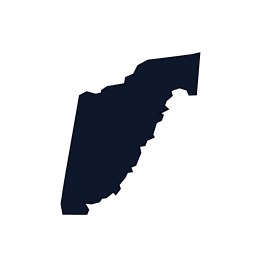 the district of Orange, Virginia, United States of America, rotated 149°
{"feature_id": "52423323B91365123508862", "entity_name": "Orange", "entity_type": "district", "adm_level": 2, "iso_a3": "USA", "parent_name": "United States of America", "parent_adm1": "Virginia", "projection": "orthographic", "projection_center": [-78.039, 38.256], "detail": "fine", "context": "isolated", "style": "filled", "palette": "ink", "viewbox_px": 256, "rotation_deg": 149, "n_neighbors": 0, "source": "geoboundaries", "source_scale": "gbopen_adm2", "svg_char_len": 817}
<svg xmlns="http://www.w3.org/2000/svg" viewBox="0 0 256 256"><g transform="rotate(149 128 128)"><path d="M110.5,106.9L110.4,109.7L101.0,118.1L95.4,117.6L91.3,121.0L93.2,124.2L83.9,123.5L85.5,128.6L81.2,131.9L73.6,133.1L72.5,137.8L69.1,137.6L63.0,136.1L57.7,130.2L58.5,124.9L52.2,121.5L51.2,123.2L28.1,155.3L35.5,157.7L61.7,169.2L76.0,175.6L87.4,176.2L95.5,171.1L103.8,172.3L108.2,167.5L124.5,173.9L131.4,173.6L132.3,171.5L138.3,173.2L144.9,180.1L152.8,180.5L202.0,123.7L203.1,122.5L214.4,109.2L224.2,97.3L227.9,87.7L207.7,75.5L204.1,78.2L204.0,86.4L198.0,81.9L190.4,79.7L186.8,81.5L182.5,79.7L173.4,80.9L172.7,77.4L166.1,80.0L165.2,84.1L156.0,87.3L151.5,90.5L146.9,88.6L146.1,93.2L140.7,92.3L130.0,100.3L127.8,106.6L122.5,104.5L118.2,107.9L110.5,106.9Z" fill="#0f172a" stroke="#020617" stroke-width="1.5"/></g></svg>